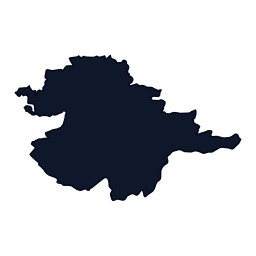 map outline of Naryn (Albers equal-area conic projection)
{"feature_id": "KGZ-1118", "entity_name": "Naryn", "entity_type": "Region", "adm_level": 1, "iso_a3": "KGZ", "parent_name": "Kyrgyzstan", "parent_adm1": "", "projection": "albers", "projection_center": [75.468, 41.376], "detail": "fine", "context": "isolated", "style": "filled", "palette": "ink", "viewbox_px": 256, "rotation_deg": 0, "n_neighbors": 0, "source": "natural_earth", "source_scale": "10m", "svg_char_len": 5683}
<svg xmlns="http://www.w3.org/2000/svg" viewBox="0 0 256 256"><path d="M240.6,139.3L239.4,142.0L238.7,143.1L238.0,143.9L233.1,148.5L232.2,148.8L231.1,148.7L229.2,147.9L222.6,147.1L220.8,147.2L219.1,147.8L212.6,151.6L211.8,151.9L210.9,152.0L208.3,151.9L204.4,153.1L203.0,153.1L198.6,151.2L195.8,150.7L194.2,150.8L191.3,151.8L185.0,151.5L183.5,151.0L180.8,149.7L179.4,149.4L174.0,150.8L172.1,151.6L170.8,153.0L170.1,154.0L168.3,155.4L167.4,156.3L166.9,157.5L167.1,158.8L167.5,160.1L167.7,161.4L167.3,162.8L166.5,163.6L164.5,164.8L162.9,166.3L161.6,168.3L160.7,170.7L160.5,177.5L160.3,178.6L159.8,179.5L157.1,181.7L155.9,183.7L154.3,188.4L153.2,190.4L151.8,191.7L147.4,194.7L145.8,196.3L145.0,196.6L144.2,195.8L143.4,191.7L142.9,190.6L141.4,190.1L139.9,191.8L138.4,194.0L136.7,195.1L135.8,194.8L133.9,193.8L132.9,193.5L131.6,193.6L127.1,195.8L126.5,196.8L125.9,197.9L125.1,199.1L124.1,199.8L123.0,200.0L121.9,199.9L118.6,199.1L117.5,199.0L116.4,199.2L114.0,200.2L112.9,200.3L112.0,199.3L111.6,198.2L110.7,195.2L110.6,194.0L111.1,192.7L112.2,190.9L112.1,189.7L111.6,189.0L110.2,187.6L109.6,186.8L109.2,185.5L109.0,181.8L108.1,178.9L106.6,177.5L104.8,177.5L102.7,178.8L91.6,187.7L89.9,188.4L89.4,189.5L89.0,190.1L88.1,190.3L86.2,189.2L85.3,188.8L84.0,189.0L81.5,190.1L80.2,190.3L78.4,189.8L76.5,189.0L72.1,186.0L71.0,185.4L69.9,185.5L68.4,185.2L64.5,185.2L63.6,185.1L63.0,184.9L61.9,183.6L58.2,182.9L57.5,182.6L57.1,182.2L57.6,180.6L57.7,179.5L57.2,178.6L56.6,178.0L56.0,177.6L49.1,175.0L48.0,174.3L46.0,172.5L45.1,171.5L44.0,169.6L40.5,166.1L39.1,165.1L38.9,164.7L38.7,163.0L38.1,161.9L36.5,160.7L31.1,155.7L30.2,154.3L34.8,149.0L35.4,148.0L35.5,147.4L31.7,144.2L31.6,143.7L32.2,142.3L32.5,141.9L32.9,141.7L34.2,141.8L34.6,141.6L35.5,140.6L37.1,140.1L38.7,139.1L41.2,139.1L45.3,138.3L47.4,138.9L48.4,138.6L48.4,138.4L47.9,137.7L46.3,135.3L45.6,133.6L45.6,133.1L45.9,132.8L46.4,132.5L50.4,131.1L52.5,130.0L57.2,129.1L60.9,127.5L63.1,124.6L63.4,124.0L64.0,122.2L65.1,118.2L65.5,114.7L66.4,112.7L66.3,112.1L64.5,110.7L63.4,110.7L62.8,111.0L62.4,111.8L61.8,112.3L55.6,114.9L54.8,115.0L53.3,114.6L52.3,114.6L51.8,114.9L50.8,115.7L49.7,116.3L49.1,116.3L47.9,115.7L45.2,115.3L42.7,115.4L41.5,115.6L39.9,116.2L39.6,116.2L38.0,114.9L37.3,114.6L36.2,114.4L35.3,114.4L33.8,114.9L32.6,114.8L31.6,114.3L30.2,113.0L29.3,112.7L28.1,111.5L27.0,111.0L26.2,111.2L25.2,108.8L24.7,108.0L24.5,107.9L24.4,107.5L25.9,106.2L26.5,105.9L28.9,106.2L29.9,106.5L30.8,107.0L31.4,107.9L31.6,108.5L31.7,109.5L31.6,110.9L31.9,111.5L32.5,111.9L34.1,112.5L34.8,112.5L35.1,112.3L34.6,106.5L34.3,105.2L33.9,104.3L32.0,103.7L29.8,103.5L28.1,103.1L27.9,102.8L28.2,97.8L28.1,96.9L27.7,96.0L27.3,95.6L25.3,94.8L23.5,95.6L22.3,94.6L20.6,93.8L20.6,94.6L20.3,95.5L19.6,96.1L19.2,96.3L18.8,96.2L17.7,95.4L16.6,94.0L15.5,93.0L15.4,92.7L15.8,92.3L16.8,92.2L17.3,91.8L17.9,90.9L19.0,89.2L19.4,88.4L25.3,87.9L26.1,88.0L27.1,87.7L29.1,86.0L29.6,86.9L30.0,88.1L30.9,89.1L31.5,90.2L32.0,90.8L32.8,91.1L33.3,91.2L34.8,90.7L35.3,90.8L35.5,91.5L35.2,93.4L35.3,94.2L35.5,94.8L36.0,94.9L36.3,94.7L36.6,94.3L37.0,92.1L37.6,91.2L39.4,90.2L39.8,90.3L41.1,91.2L42.0,90.9L42.6,90.4L42.9,90.0L43.1,89.5L43.0,88.4L43.2,87.5L44.9,85.5L45.1,85.0L45.2,84.4L45.0,82.9L45.2,81.9L45.7,81.1L46.3,80.2L47.4,79.4L47.5,79.1L47.0,78.4L46.6,78.2L45.4,77.9L45.3,77.1L45.2,76.4L46.4,70.2L47.1,69.9L48.3,70.0L50.2,70.3L51.6,70.9L60.3,69.6L61.5,69.7L61.8,69.9L62.1,70.9L62.8,70.9L65.9,66.6L66.8,66.1L70.7,65.8L72.5,66.3L72.9,66.2L73.1,66.1L73.1,65.3L72.7,64.4L70.5,60.7L69.5,58.4L70.1,58.0L77.2,57.0L77.8,56.7L78.5,56.1L79.4,56.4L80.7,58.0L82.3,57.5L83.2,56.7L83.9,56.5L85.9,57.2L93.4,57.5L95.4,56.9L96.0,56.5L96.7,56.3L99.1,57.4L99.8,57.3L103.4,56.5L104.4,56.0L104.9,56.5L105.1,57.1L105.0,59.1L105.3,59.1L106.0,58.9L108.6,57.2L109.4,56.2L110.3,55.7L110.4,56.3L111.2,58.8L111.5,59.0L113.1,59.2L115.2,60.3L115.8,60.8L116.6,62.4L117.0,62.9L121.0,62.7L121.6,62.5L122.3,61.9L123.2,60.4L123.9,60.4L125.2,60.7L125.9,61.3L126.2,62.0L126.5,64.1L126.6,64.4L127.5,65.0L128.1,65.6L128.6,66.9L128.6,67.7L127.6,70.5L127.4,72.1L127.4,72.8L127.6,73.1L128.9,73.5L129.1,73.8L129.1,74.3L129.0,75.1L129.2,75.6L129.6,76.0L131.8,77.4L132.6,78.7L132.8,79.2L132.7,80.1L132.5,80.9L132.2,81.6L130.7,82.9L129.6,83.7L129.2,84.2L129.0,84.9L129.2,85.3L129.5,85.6L130.2,85.8L131.1,85.7L134.9,84.6L136.3,84.0L137.5,84.5L138.7,85.4L140.0,86.0L142.2,85.5L144.6,86.1L145.7,86.8L147.2,87.4L151.2,87.5L152.0,87.7L156.1,89.8L157.6,90.4L158.8,90.6L160.3,89.9L160.8,89.9L161.0,90.1L160.0,92.3L159.6,94.0L159.5,95.4L159.2,95.8L158.8,96.1L157.3,96.3L154.2,96.1L152.6,96.3L151.6,97.1L150.8,98.5L151.6,99.5L151.9,100.2L152.1,100.4L158.8,100.7L159.8,100.4L160.9,99.9L162.2,100.3L163.5,100.9L164.8,101.9L165.0,102.5L164.8,104.1L163.7,106.1L163.5,106.9L163.3,108.5L163.1,109.3L161.6,111.9L161.5,112.2L161.6,112.5L162.0,112.6L163.7,112.0L164.1,112.0L165.0,112.5L165.6,113.4L165.9,113.6L168.8,114.0L169.9,113.9L170.9,113.6L172.5,112.8L173.7,112.6L177.2,112.9L180.1,113.5L189.0,113.2L190.2,112.7L191.6,111.7L194.2,110.8L195.0,110.2L195.5,110.2L195.9,111.5L195.7,114.3L195.3,116.0L194.5,118.3L193.8,118.8L192.8,118.5L192.6,118.6L192.6,118.8L193.4,120.9L193.8,122.9L194.5,123.6L197.1,124.7L198.7,125.7L199.4,126.3L199.5,126.6L199.3,127.2L198.4,128.7L198.3,129.9L197.6,132.4L196.3,134.0L196.3,134.3L196.6,134.5L198.2,134.2L206.3,131.7L208.0,130.8L210.3,130.8L211.0,130.9L211.5,131.3L211.7,131.7L211.6,132.4L211.0,133.9L210.8,134.7L210.8,135.5L211.0,136.1L211.2,136.4L211.6,136.6L212.3,136.7L217.0,136.5L223.5,138.1L227.2,137.9L229.5,137.6L230.8,137.2L233.0,135.9L234.8,134.5L235.7,134.2L236.7,134.4L237.5,134.9L237.8,135.4L239.0,138.0L239.6,138.7L240.6,139.3Z" fill="#0f172a" stroke="#020617" stroke-width="1.5"/></svg>